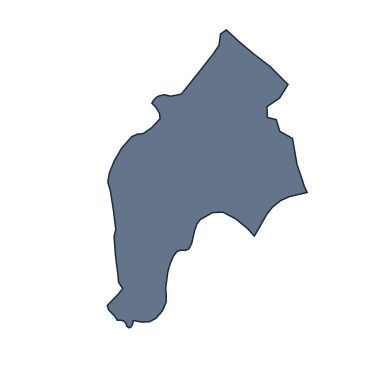 the border of Trebinje, rotated 40°
{"feature_id": "BIH-4808", "entity_name": "Trebinje", "entity_type": "state/province", "adm_level": 1, "iso_a3": "BIH", "parent_name": "Bosnia and Herzegovina", "parent_adm1": "", "projection": "equal_earth", "projection_center": [18.312, 43.002], "detail": "fine", "context": "isolated", "style": "filled", "palette": "slate", "viewbox_px": 384, "rotation_deg": 40, "n_neighbors": 0, "source": "natural_earth", "source_scale": "10m", "svg_char_len": 1354}
<svg xmlns="http://www.w3.org/2000/svg" viewBox="0 0 384 384"><g transform="rotate(40 192 192)"><path d="M217.2,338.3L213.0,336.8L203.9,335.9L200.2,333.5L200.0,333.3L201.2,317.7L200.9,310.4L194.0,308.5L186.7,301.4L174.4,290.0L161.0,276.3L159.9,274.1L157.7,269.7L150.4,262.9L144.6,257.4L128.7,243.6L121.2,238.5L120.8,238.0L116.4,230.4L112.4,218.1L110.0,204.1L109.9,203.4L110.0,200.3L110.3,188.3L112.8,183.1L115.4,180.3L117.2,178.4L119.7,169.0L120.1,163.5L120.5,156.4L116.5,152.7L111.3,150.8L110.0,150.3L109.1,150.2L104.2,149.8L103.5,146.0L104.2,140.9L108.2,135.2L114.0,132.4L118.0,127.6L120.9,123.9L120.2,94.1L119.5,73.0L118.4,62.2L112.3,52.7L112.9,50.4L114.1,45.7L131.4,46.6L149.5,46.6L171.5,45.7L196.5,48.0L198.7,63.7L194.6,78.4L201.8,86.4L210.0,82.4L220.2,89.1L234.6,86.4L255.1,103.7L266.4,110.4L274.4,115.5L280.5,118.3L269.6,132.9L265.5,141.3L263.5,151.3L263.4,151.9L263.6,160.6L268.1,185.7L257.8,184.3L242.8,184.5L228.6,187.6L221.0,194.6L216.1,207.5L216.3,213.3L218.8,219.9L224.8,231.5L226.2,237.8L224.4,241.1L221.2,243.4L218.7,247.1L219.0,252.9L221.3,260.8L224.8,268.7L233.6,282.5L238.7,287.7L243.1,293.1L245.7,302.2L245.6,311.9L243.9,316.0L242.8,318.7L237.4,323.8L234.8,325.3L229.7,328.1L231.5,331.5L232.0,334.4L231.1,336.5L228.5,336.8L225.6,335.0L222.7,334.8L219.8,336.0L217.2,338.3Z" fill="#64748b" stroke="#1e293b" stroke-width="1.5"/></g></svg>